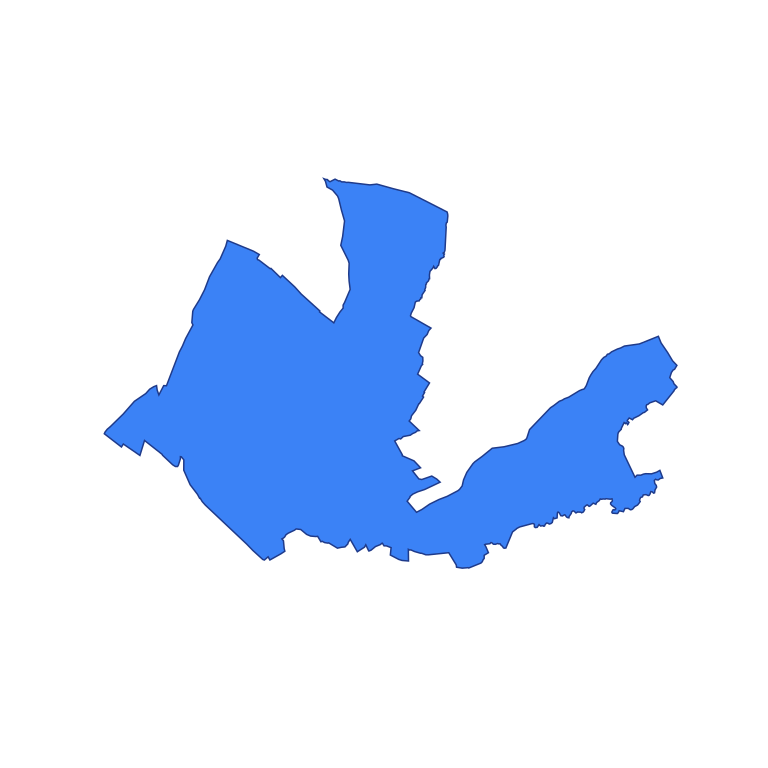 Codaesti, Vaslui, Romania, rotated 67°
{"feature_id": "2599482B61991587301534", "entity_name": "Codaesti", "entity_type": "district", "adm_level": 2, "iso_a3": "ROU", "parent_name": "Romania", "parent_adm1": "Vaslui", "projection": "robinson", "projection_center": [27.774, 46.879], "detail": "fine", "context": "isolated", "style": "filled", "palette": "blue", "viewbox_px": 768, "rotation_deg": 67, "n_neighbors": 0, "source": "geoboundaries", "source_scale": "gbopen_adm2", "svg_char_len": 6170}
<svg xmlns="http://www.w3.org/2000/svg" viewBox="0 0 768 768"><g transform="rotate(67 384 384)"><path d="M337.4,647.4L354.4,636.6L342.4,626.5L362.1,615.7L363.0,615.7L375.8,610.1L378.4,608.3L379.3,606.3L378.4,605.0L373.4,600.7L371.3,599.8L371.8,599.0L375.6,597.9L385.1,602.0L401.0,601.8L412.7,598.8L417.2,598.4L417.3,597.8L421.1,597.3L425.6,595.8L477.8,572.9L486.1,569.7L498.1,564.2L499.3,562.9L497.8,558.2L501.4,557.8L500.0,545.0L499.2,540.6L496.5,540.2L489.0,537.8L486.7,538.5L486.5,536.7L486.0,535.2L484.5,533.2L483.9,530.5L483.6,523.5L483.1,521.5L485.4,517.5L492.2,514.0L495.3,511.0L497.7,506.5L498.3,504.6L504.6,503.7L504.6,502.4L506.8,500.6L508.6,497.7L508.6,497.0L516.9,491.0L517.7,486.9L518.7,483.6L517.1,479.8L515.8,478.8L513.8,475.8L528.0,474.1L526.6,465.7L524.9,463.6L531.7,463.3L531.9,462.8L531.9,460.8L530.3,455.3L530.4,450.0L529.8,448.3L529.9,447.7L533.0,447.2L533.9,445.1L537.4,441.4L543.9,445.0L551.2,439.0L553.5,436.3L556.5,430.6L545.7,426.2L546.9,425.2L547.2,424.1L550.1,421.4L554.0,416.6L554.6,415.4L557.6,412.2L558.6,409.8L564.6,390.3L578.7,388.2L581.0,388.8L584.1,383.9L585.9,378.4L586.5,377.9L586.7,364.7L586.0,363.0L584.4,361.3L583.8,360.0L580.8,358.7L580.1,353.8L573.5,353.8L571.2,354.1L571.2,353.0L572.4,348.9L571.7,347.7L572.1,346.9L574.2,345.9L575.1,344.1L575.2,341.8L576.1,340.7L576.4,339.6L578.3,339.2L579.8,338.3L581.2,338.2L582.1,337.6L582.6,335.9L570.4,323.5L569.2,318.9L568.9,318.5L568.6,315.0L570.4,302.0L570.9,301.1L571.9,300.4L574.2,301.4L575.3,300.8L575.8,299.0L574.0,296.2L575.9,295.4L576.6,292.8L577.2,292.7L577.5,291.8L576.3,290.5L575.5,288.8L576.1,287.6L577.5,286.6L577.7,284.9L577.2,283.2L573.3,280.3L574.6,279.7L574.9,277.0L570.5,274.8L569.9,274.2L570.0,273.6L571.1,273.0L574.3,272.7L575.2,271.2L574.9,269.1L575.1,268.6L577.8,267.9L579.0,266.9L579.4,266.0L578.4,265.5L576.4,262.3L575.0,261.2L574.6,259.7L575.2,258.8L577.7,257.7L577.5,255.8L578.9,252.9L579.8,252.4L579.7,250.6L579.3,249.9L578.0,248.3L577.0,248.6L575.6,247.9L574.6,244.9L574.8,244.0L576.8,243.0L576.8,241.9L575.4,238.0L577.5,236.0L576.2,234.6L575.4,231.3L574.3,229.9L575.0,229.0L575.5,227.1L576.4,225.3L576.3,224.5L578.4,220.8L578.8,219.0L580.7,219.4L581.3,220.0L581.8,221.7L582.9,222.3L584.7,221.8L588.5,219.5L589.5,219.4L590.1,220.7L589.3,221.8L589.3,222.4L590.9,224.3L591.6,224.4L592.2,224.1L594.4,219.9L594.0,218.7L592.6,217.0L595.1,213.5L592.7,210.8L593.9,207.8L596.0,206.4L596.4,205.0L596.1,203.6L594.8,201.2L594.5,197.9L593.3,195.7L592.3,194.1L590.8,194.2L589.2,192.7L588.7,191.9L588.9,190.2L587.4,188.7L588.2,186.0L589.9,184.4L590.1,183.5L589.2,182.1L587.3,180.4L588.1,179.2L589.8,178.5L589.9,177.5L587.4,175.9L585.4,173.3L583.7,173.0L581.3,173.6L578.3,172.8L577.8,171.2L578.6,170.6L579.5,169.1L578.9,166.6L579.4,164.1L571.3,163.8L571.7,167.5L571.2,172.9L568.8,178.2L568.3,180.5L568.3,183.1L566.8,186.7L567.9,189.4L543.1,190.5L538.8,189.4L537.0,188.4L535.5,188.4L534.4,188.8L532.0,190.8L528.0,191.6L521.7,188.4L520.5,187.5L519.7,186.4L518.4,183.3L517.5,182.8L513.3,178.0L514.8,177.3L514.4,176.3L515.1,175.8L516.6,175.7L516.4,175.1L515.0,173.5L513.2,174.5L512.6,174.3L511.1,171.6L514.0,169.2L513.1,167.5L512.8,161.7L511.7,156.6L511.9,155.3L510.8,151.5L508.5,151.9L506.7,151.3L505.7,150.3L505.9,149.1L505.2,146.8L505.6,140.5L512.2,135.6L503.6,119.7L502.9,119.1L502.1,117.4L501.7,115.7L501.1,115.5L497.1,117.0L494.7,116.9L489.8,118.5L485.7,114.9L484.1,112.4L484.0,110.8L481.3,107.1L475.4,109.3L466.0,110.6L454.5,112.9L447.3,112.8L446.9,133.3L443.0,147.9L443.3,152.2L443.0,155.4L443.3,161.9L444.2,165.0L443.9,166.7L445.2,168.8L445.4,171.3L446.7,174.3L452.4,182.8L454.3,186.9L456.4,190.0L458.5,192.7L464.5,198.4L466.5,201.2L466.8,202.2L466.5,203.8L466.5,206.8L468.3,219.2L468.1,223.8L468.5,226.1L468.4,229.3L470.2,236.3L470.9,240.0L482.8,267.8L489.4,273.5L490.3,274.7L490.8,276.9L491.0,284.2L488.7,298.0L485.4,309.5L489.0,321.9L491.1,330.8L492.1,333.3L497.7,342.3L503.3,348.2L508.4,351.9L510.5,355.6L511.1,357.6L512.1,369.7L511.8,378.5L512.4,388.9L514.3,398.1L514.8,404.2L500.9,408.5L498.4,404.3L497.7,404.0L496.6,400.4L496.4,395.2L497.0,387.8L496.3,370.7L492.1,372.6L487.4,376.0L486.7,386.5L485.0,389.0L475.1,391.7L475.4,383.1L466.5,386.4L457.2,395.2L456.3,394.8L440.6,396.4L440.0,391.5L441.1,390.1L439.9,386.8L441.4,379.8L440.8,376.9L440.8,373.9L440.1,371.8L440.6,369.8L427.9,375.3L426.6,373.0L424.0,371.1L420.6,365.0L415.8,359.7L415.9,359.2L411.5,352.7L410.2,353.3L407.7,350.0L407.0,350.3L400.8,341.7L388.1,349.2L381.8,342.5L381.0,340.7L380.3,340.8L378.0,339.2L374.6,337.9L372.2,339.3L368.6,339.9L357.2,329.5L355.3,325.0L352.3,321.9L350.9,318.9L332.5,332.9L331.6,333.0L329.4,331.2L325.5,326.5L320.9,323.2L320.5,321.6L321.2,319.0L320.3,318.2L320.0,316.9L319.1,316.5L319.4,315.5L316.7,314.0L313.9,309.6L313.2,309.7L311.5,308.0L308.8,306.7L308.5,305.9L307.5,305.4L306.4,302.7L304.8,301.4L304.9,300.9L301.4,299.6L298.3,297.7L296.3,293.6L295.1,292.3L297.7,292.0L297.9,290.9L296.9,289.0L296.3,288.6L296.0,287.4L291.2,284.0L291.4,283.3L290.6,282.6L290.9,281.8L290.5,281.0L290.7,279.7L290.2,278.9L288.6,278.6L288.0,277.6L286.6,278.4L286.3,277.0L284.7,275.6L264.0,265.5L261.9,264.9L260.0,263.6L259.9,262.8L259.1,262.2L254.3,259.6L252.5,259.0L250.3,258.7L217.9,285.9L207.9,299.1L197.2,312.5L195.2,319.2L184.4,338.1L183.8,339.8L182.5,341.5L181.4,344.0L179.7,345.2L179.5,346.3L176.3,349.0L176.7,354.7L174.7,356.0L173.8,356.1L172.7,358.0L171.6,359.1L174.5,358.7L180.4,359.5L185.4,355.6L192.8,353.3L195.7,353.3L207.1,355.2L218.5,356.6L232.0,364.4L239.5,369.6L256.0,368.6L259.2,368.9L269.0,373.5L275.6,375.9L283.7,378.2L293.5,388.4L295.4,390.8L298.2,392.0L300.5,396.4L304.3,401.9L308.1,406.3L292.4,415.2L291.7,414.5L268.8,425.1L259.8,428.2L244.3,435.1L245.6,437.8L233.4,442.9L233.4,443.7L221.1,450.7L220.1,451.8L218.6,451.6L216.1,448.2L210.8,452.2L190.6,472.1L195.3,475.8L204.8,485.9L207.1,489.7L217.1,502.7L227.1,512.3L234.3,520.9L240.9,530.2L242.3,531.6L252.4,536.9L255.0,536.8L264.6,548.8L270.3,554.7L274.5,559.8L300.6,584.9L299.4,587.4L306.1,595.5L301.1,595.2L296.6,594.0L296.5,597.0L297.2,601.7L299.7,607.0L302.4,620.5L309.8,635.9L316.2,652.3L317.5,656.4L319.2,659.5L320.5,660.9L339.4,650.3L337.4,647.4Z" fill="#3b82f6" stroke="#1e3a8a" stroke-width="1.5"/></g></svg>